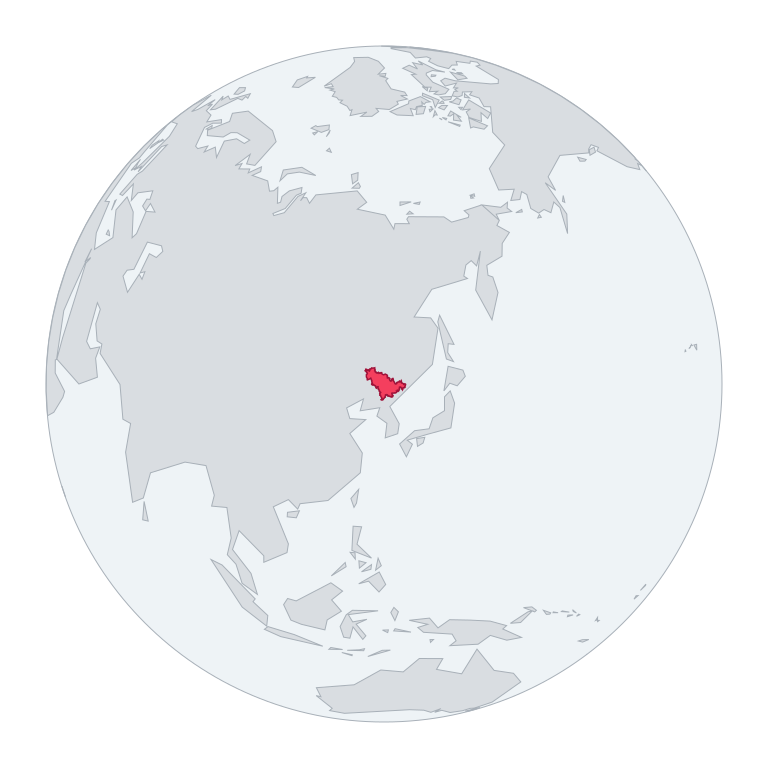 Jilin on an orthographic globe
{"feature_id": "CHN-1828", "entity_name": "Jilin", "entity_type": "Province", "adm_level": 1, "iso_a3": "CHN", "parent_name": "China", "parent_adm1": "", "projection": "orthographic", "projection_center": [126.245, 43.576], "detail": "fine", "context": "on_globe", "style": "filled", "palette": "rose", "viewbox_px": 768, "rotation_deg": 0, "n_neighbors": 0, "source": "natural_earth", "source_scale": "10m", "svg_char_len": 17291}
<svg xmlns="http://www.w3.org/2000/svg" viewBox="0 0 768 768"><circle cx="384" cy="384" r="338" fill="#eef3f6" stroke="#a8b0b8"/><path d="M645.9,584.1L645.6,585.3L645.2,585.8L645.9,584.1ZM634.9,157.6L635.2,159.1L638.2,161.3L646.3,171.0L642.1,165.9L637.6,163.5L639.8,169.6L627.1,166.7L596.9,150.8L598.5,147.4L591.1,144.7L588.6,149.1L588.8,152.9L559.9,155.4L548.1,176.8L555.6,190.4L545.2,182.7L566.8,214.1L567.6,233.6L559.9,207.5L553.8,202.0L550.9,212.7L544.0,209.5L538.7,213.1L530.8,208.5L526.8,194.5L521.6,191.6L519.9,199.5L510.8,200.5L514.2,189.2L498.7,190.0L489.3,168.6L504.7,145.0L492.7,132.3L490.6,106.8L484.0,106.6L479.1,98.0L469.6,94.8L471.9,91.7L462.4,92.0L462.1,95.5L457.8,97.0L452.2,95.8L454.1,91.3L457.2,91.3L454.9,89.4L458.3,87.8L453.4,87.9L456.5,83.1L445.2,86.0L440.7,80.8L445.0,78.2L455.3,80.8L490.7,83.9L498.2,83.5L498.4,79.5L476.2,66.1L480.0,65.2L477.3,62.2L470.3,61.1L469.9,63.3L456.2,61.4L457.3,65.0L451.9,65.1L448.7,68.6L437.7,65.8L428.6,61.3L430.7,58.5L426.7,56.8L415.4,58.0L410.2,52.4L391.1,48.6L391.0,47.8L407.6,47.7L431.3,50.4L453.0,53.3L427.2,49.4L427.5,48.9L424.9,48.6L448.8,52.4L472.4,57.8L495.4,65.0L517.9,73.8L539.8,84.1L560.8,96.0L580.9,109.4L600.1,124.2L618.1,140.3L634.9,157.6ZM414.6,47.5L411.1,47.2L409.5,47.0L414.6,47.5ZM696.8,350.2L693.9,345.0L696.6,344.3L696.8,350.2ZM691.5,344.6L692.7,345.8L691.6,345.3L691.5,344.6ZM690.3,346.1L691.2,345.0L690.5,346.9L690.3,346.1ZM689.0,348.9L689.6,347.1L689.6,347.6L689.0,348.9ZM685.9,351.3L685.0,351.7L685.3,349.5L685.9,351.3ZM590.0,155.3L589.3,149.7L594.0,147.2L595.5,152.1L590.0,155.3ZM580.0,161.2L577.7,157.2L586.2,159.5L584.9,161.1L580.0,161.2ZM562.5,201.3L563.2,195.5L564.8,202.4L562.5,201.3ZM539.4,214.5L541.3,217.3L537.7,218.0L539.4,214.5ZM455.0,70.1L452.0,69.3L454.1,69.0L455.0,70.1ZM456.5,72.5L461.3,72.7L462.7,73.9L459.8,73.7L456.5,72.5ZM522.3,211.9L515.8,212.7L521.7,209.4L522.3,211.9ZM450.4,72.1L464.6,76.0L467.0,78.3L457.8,79.8L450.4,72.1ZM511.7,211.5L496.2,214.2L499.3,220.4L481.8,204.9L500.8,207.3L507.5,202.2L507.1,208.0L511.7,211.5ZM464.4,97.3L464.5,93.5L469.6,98.0L464.4,97.3ZM468.7,99.9L490.6,113.0L487.7,118.5L481.0,112.7L481.4,121.4L469.2,117.5L466.2,111.9L470.5,109.0L462.6,109.9L468.7,99.9ZM474.7,196.3L470.4,195.2L474.1,193.8L474.7,196.3ZM456.5,98.0L461.1,99.9L459.0,104.7L449.2,101.8L453.0,101.1L456.5,98.0ZM487.5,125.8L484.1,129.2L473.3,126.9L470.6,128.0L468.7,117.9L487.5,125.8ZM450.7,99.4L444.3,100.3L440.2,97.0L451.7,96.5L450.7,99.4ZM462.5,107.3L461.0,109.6L458.7,107.3L462.5,107.3ZM422.2,86.6L427.8,88.2L427.2,90.8L422.2,86.6ZM442.2,100.9L443.6,102.0L444.0,103.4L439.1,103.3L442.2,100.9ZM461.2,117.3L457.4,115.8L461.4,121.2L453.5,120.1L453.7,113.8L450.3,116.1L447.9,115.8L450.7,111.0L461.2,117.3ZM435.2,107.5L432.7,99.7L422.3,95.7L422.6,93.2L439.2,100.1L435.2,107.5ZM444.1,109.9L438.6,107.7L441.8,105.4L447.4,105.5L444.1,109.9ZM448.1,121.8L460.2,125.1L459.7,126.4L448.1,121.8ZM431.6,106.7L432.3,108.6L430.5,106.6L431.6,106.7ZM442.3,117.5L446.7,118.4L446.0,119.9L442.3,117.5ZM430.0,111.9L429.2,109.3L433.0,109.1L430.0,111.9ZM435.2,114.8L433.3,116.7L434.9,110.7L437.2,115.0L435.2,114.8ZM441.0,118.8L442.1,119.9L439.3,118.2L441.0,118.8ZM416.1,114.4L417.2,106.9L425.6,106.4L423.4,113.7L416.1,114.4ZM181.0,113.9L180.8,114.0L167.6,124.7L144.1,152.2L139.4,157.9L131.4,163.3L105.1,201.3L109.4,201.6L96.3,232.9L94.5,249.4L112.9,237.6L116.0,209.9L127.1,196.9L133.2,211.9L132.1,237.8L136.5,233.7L146.1,211.4L155.0,212.1L150.5,203.5L145.5,210.8L142.6,206.0L146.9,199.1L149.9,199.4L152.8,190.8L137.9,192.8L131.3,200.5L133.4,183.9L122.5,195.5L119.8,194.1L137.2,174.3L142.4,171.1L167.1,144.9L161.7,146.5L138.1,171.8L141.4,166.4L134.0,170.1L142.2,163.1L169.4,136.3L177.3,123.8L171.6,121.8L179.5,115.0L193.3,105.0L211.3,95.2L191.6,111.6L197.7,109.5L215.2,99.6L207.7,105.8L212.5,104.1L206.3,110.7L211.0,115.1L206.8,121.9L221.5,119.6L221.4,123.1L212.7,123.2L204.5,127.4L195.6,146.2L197.7,148.6L207.9,146.0L204.2,152.0L215.3,147.1L216.5,157.5L224.3,141.1L236.6,138.8L244.3,143.5L249.8,140.1L237.2,132.7L230.9,132.6L223.2,137.0L207.3,135.6L207.6,130.2L229.6,121.5L232.4,113.3L248.2,111.1L272.5,130.6L276.1,141.7L254.9,165.4L246.6,163.9L250.2,154.3L235.1,165.6L242.0,163.5L238.9,168.9L249.8,169.0L248.2,172.9L261.5,166.8L260.7,171.6L252.2,175.4L267.7,180.9L269.5,191.2L273.8,190.7L277.9,187.2L277.4,203.3L280.6,202.2L282.0,196.5L289.3,190.9L302.0,187.5L301.1,193.2L296.4,195.2L285.2,208.5L272.9,213.5L273.8,215.6L284.3,212.7L298.0,196.4L305.8,192.8L300.5,200.8L303.1,197.6L306.7,197.7L309.5,203.3L315.9,194.9L357.2,190.9L366.7,202.3L357.3,209.2L385.2,215.1L393.8,229.2L395.0,223.6L409.3,223.7L406.8,219.2L408.5,216.7L443.9,216.9L451.6,222.1L468.3,217.5L468.9,214.9L464.2,210.7L481.8,204.9L499.3,220.4L496.9,225.5L509.4,232.4L502.2,243.4L502.0,256.2L486.8,265.3L488.0,275.3L492.8,277.0L498.0,292.5L492.0,319.9L475.7,290.1L480.4,251.1L476.6,265.9L471.2,260.6L465.9,265.0L463.8,276.1L467.5,278.5L431.8,289.3L414.1,317.0L430.7,317.9L438.0,328.2L432.4,364.4L389.8,406.5L399.2,423.7L397.7,433.7L385.2,437.9L386.9,423.3L376.9,416.1L379.8,407.7L360.2,410.8L363.5,398.9L346.6,407.9L349.8,418.6L365.8,419.6L349.8,433.5L362.3,453.0L360.3,472.8L328.0,500.5L300.1,503.7L297.7,509.1L288.4,499.6L273.3,506.8L288.4,543.9L287.0,552.6L263.8,562.3L263.8,555.8L239.1,530.6L232.5,549.5L251.0,573.4L257.4,594.4L242.1,583.3L236.0,564.2L227.3,554.7L231.2,538.0L226.9,507.5L211.6,506.1L214.3,495.3L206.0,465.6L185.0,462.1L150.5,472.8L143.3,498.0L132.6,502.3L125.6,452.2L130.6,423.5L122.9,419.2L120.0,384.5L100.1,353.4L101.9,344.0L97.1,340.9L95.8,323.8L100.3,309.3L97.4,302.7L86.6,341.4L90.3,348.8L99.8,346.9L95.6,358.2L97.4,377.2L78.9,384.0L56.9,359.1L62.5,338.2L85.9,263.1L89.5,259.4L90.0,258.8L90.7,257.5L84.9,262.0L91.6,248.7L70.7,294.6L63.8,310.6L56.5,359.5L55.3,359.9L55.2,373.0L64.6,391.4L62.9,397.3L53.8,412.3L47.6,415.7L46.2,391.1L46.5,366.5L48.7,342.0L52.7,317.7L58.4,293.7L65.8,270.2L74.9,247.4L85.7,225.2L98.0,203.9L111.9,183.6L127.2,164.3L143.9,146.2L161.8,129.4L181.0,113.9ZM123.0,276.1L127.5,292.3L139.2,274.3L142.0,279.3L144.9,271.7L140.1,273.0L149.4,253.7L156.3,257.5L162.8,251.4L161.5,245.8L147.4,242.1L133.9,269.3L127.1,270.2L123.0,276.1ZM422.1,48.2L426.0,48.7L424.0,48.5L417.4,47.7L420.4,48.0L422.1,48.2ZM384.1,46.3L381.2,46.1L385.9,46.2L390.6,46.2L406.4,47.0L391.7,47.6L395.6,46.9L384.1,46.3ZM423.3,49.2L415.0,48.0L424.7,49.3L423.3,49.2ZM244.6,90.9L238.2,94.3L234.1,94.1L239.5,87.6L245.5,87.6L244.6,90.9ZM230.0,99.4L250.3,93.7L247.8,98.3L245.8,96.5L242.0,100.1L237.8,98.4L215.5,109.2L210.5,109.8L223.2,96.1L221.8,99.9L228.2,96.0L230.0,99.4ZM306.7,77.9L315.4,77.3L298.6,87.5L292.4,87.0L297.3,79.9L307.6,76.4L306.7,77.9ZM431.4,74.8L435.9,75.2L435.3,76.2L431.1,76.7L431.4,74.8ZM424.9,87.1L411.4,74.6L415.8,74.2L402.7,68.3L409.2,65.2L417.5,69.0L412.7,62.7L422.8,64.9L418.2,60.9L436.0,69.8L444.9,72.1L432.5,70.5L426.3,73.1L426.2,74.9L432.8,82.2L448.9,89.3L445.3,93.7L438.5,94.9L434.0,93.9L437.8,91.2L429.2,91.7L431.2,87.2L424.9,87.1ZM360.8,116.4L366.9,112.1L350.1,115.6L352.0,109.7L349.9,110.5L347.1,106.2L340.0,102.7L342.5,100.2L338.7,99.9L336.7,97.4L332.3,96.3L335.2,91.7L330.0,90.1L334.3,88.9L324.7,87.6L333.1,86.6L331.4,83.7L324.1,86.2L350.2,67.4L354.6,61.5L353.7,57.6L368.3,57.3L378.4,61.3L384.5,68.0L378.2,74.2L385.9,73.4L385.2,76.3L379.4,75.7L387.9,78.4L385.7,80.7L391.1,88.9L404.7,92.1L407.0,95.6L400.6,95.5L407.4,99.0L396.9,101.4L398.3,104.1L389.3,109.5L376.1,108.4L378.7,111.5L372.0,116.3L360.8,116.4ZM413.2,115.7L397.0,115.0L390.1,111.6L408.6,103.7L408.8,101.0L420.4,96.6L430.2,101.8L425.9,102.4L424.1,104.4L421.8,102.0L422.3,105.4L416.5,106.6L415.3,109.7L410.4,108.5L413.2,115.7ZM140.5,159.3L138.1,162.9L135.7,167.8L131.0,170.5L140.5,159.3ZM158.8,140.7L157.6,143.1L149.7,148.6L152.3,145.1L158.8,140.7ZM163.6,140.1L158.1,142.8L162.6,139.2L163.6,140.1ZM212.2,125.5L211.7,128.2L209.0,129.4L206.3,129.0L212.2,125.5ZM311.1,128.2L315.8,125.6L317.2,126.6L329.4,125.0L328.9,129.6L321.4,132.4L311.1,128.2ZM109.6,235.7L106.2,234.2L108.2,230.0L109.0,231.3L109.6,235.7ZM116.1,200.0L111.5,210.2L114.9,200.7L116.1,200.0ZM312.7,133.0L317.7,131.7L314.3,134.9L312.7,133.0ZM329.2,133.0L326.3,136.7L330.2,130.0L329.2,133.0ZM62.3,487.5L61.9,486.1L65.5,497.0L62.3,487.5ZM341.8,652.5L352.3,654.8L352.0,655.7L341.8,652.5ZM330.8,647.5L342.6,649.5L328.9,649.3L330.8,647.5ZM347.2,650.3L359.3,649.8L364.5,648.7L363.7,650.7L347.2,650.3ZM322.8,646.2L280.7,636.6L264.4,629.3L268.0,626.6L294.3,634.6L322.8,646.2ZM266.7,626.1L242.2,607.1L211.0,559.5L222.1,565.0L255.2,598.9L253.0,601.7L267.8,615.5L266.7,626.1ZM327.2,619.9L324.9,629.9L301.4,624.3L290.9,620.1L283.6,604.6L287.6,598.5L296.2,600.9L330.9,582.8L342.6,591.1L331.6,599.9L341.4,611.2L327.2,619.9ZM144.1,501.4L148.2,521.1L142.7,519.8L144.1,501.4ZM346.1,566.7L331.3,575.9L345.2,562.5L346.1,566.7ZM355.0,552.8L355.3,559.1L350.1,552.3L355.0,552.8ZM296.3,517.8L287.2,516.8L287.5,512.3L299.4,510.8L296.3,517.8ZM358.7,489.3L356.5,503.1L354.0,507.4L350.9,498.5L358.7,489.3ZM315.8,175.5L299.4,172.1L287.3,173.9L280.0,180.8L283.3,170.0L301.9,167.3L315.8,175.5ZM352.1,188.1L358.4,182.7L360.4,186.5L359.3,188.3L352.1,188.1ZM352.6,183.8L351.4,174.6L358.1,172.6L357.7,180.2L352.6,183.8ZM331.3,152.3L326.5,150.8L329.4,148.2L331.3,152.3ZM467.0,711.5L465.3,711.1L479.9,707.5L474.9,709.4L467.0,711.5ZM586.4,654.6L587.0,654.1L586.4,654.6ZM409.5,709.7L344.5,713.3L329.6,710.6L332.2,708.3L316.2,695.6L320.9,696.7L316.4,687.7L354.1,684.8L380.8,670.0L403.2,671.9L419.3,658.5L442.8,658.6L436.5,669.4L461.7,673.8L477.0,649.1L494.1,670.4L513.5,673.3L520.8,681.9L492.1,702.1L474.1,708.1L469.9,708.4L462.6,710.7L450.2,712.5L441.8,710.3L434.7,712.3L440.9,708.6L430.9,712.3L423.8,710.2L409.5,709.7ZM578.4,641.0L582.3,639.7L588.8,639.5L582.6,642.1L578.4,641.0ZM636.1,595.7L638.1,595.6L634.0,599.2L636.1,595.7ZM645.2,585.8L640.4,590.4L645.9,584.1L645.2,585.8ZM597.1,620.2L599.2,620.4L597.6,621.7L597.1,620.2ZM595.5,620.5L597.6,617.3L597.5,619.6L595.5,620.5ZM576.5,616.3L578.7,614.1L579.8,614.7L576.5,616.3ZM367.8,656.5L382.3,650.3L390.4,650.1L367.8,656.5ZM573.1,614.9L567.4,616.7L567.9,615.1L573.1,614.9ZM573.3,611.5L572.6,609.7L576.4,613.0L573.3,611.5ZM562.2,610.9L569.3,612.1L561.4,611.6L562.2,610.9ZM558.1,612.7L553.0,612.7L553.3,611.9L558.1,612.7ZM502.8,629.0L521.5,637.4L506.8,640.2L490.3,635.4L478.1,644.2L449.9,645.7L456.1,640.8L452.1,634.1L423.5,632.3L417.8,627.5L427.8,624.3L409.2,620.3L429.5,618.1L438.0,627.9L449.6,619.7L470.0,620.1L490.1,621.1L506.6,625.6L502.8,629.0ZM430.0,639.6L433.5,639.5L430.5,642.4L430.0,639.6ZM543.4,610.3L550.7,612.8L549.9,614.1L546.4,614.4L543.4,610.3ZM510.4,623.3L528.0,611.8L532.2,611.0L520.6,622.5L510.4,623.3ZM523.5,607.6L531.9,606.9L536.4,610.3L534.7,611.9L523.5,607.6ZM388.4,629.9L387.7,632.6L382.5,630.1L388.4,629.9ZM395.1,628.7L411.0,632.1L393.7,630.9L395.1,628.7ZM348.3,614.6L352.7,621.9L366.9,619.3L356.1,624.1L365.9,635.8L362.8,639.4L353.0,626.9L349.9,638.2L343.7,637.2L340.1,626.6L346.2,614.8L352.4,610.3L378.1,610.8L348.3,614.6ZM394.9,620.6L390.8,612.5L393.9,607.4L398.4,611.8L394.9,620.6ZM379.0,592.0L368.6,581.2L358.7,583.8L379.2,572.0L385.7,584.5L379.0,592.0ZM370.9,569.3L361.5,571.8L371.5,564.6L370.9,569.3ZM359.4,568.1L358.9,560.8L366.0,562.7L359.4,568.1ZM375.6,570.2L378.1,558.2L381.3,565.7L375.6,570.2ZM357.0,544.2L371.5,558.1L351.9,550.4L353.1,526.2L361.6,526.8L357.0,544.2ZM417.5,446.4L416.6,438.6L424.8,437.3L423.1,443.0L417.5,446.4ZM450.9,427.9L426.7,434.5L407.2,440.2L412.4,444.2L406.4,456.8L399.6,444.0L414.6,430.7L429.1,428.8L432.9,417.8L444.5,410.7L444.5,396.8L450.2,390.9L454.6,403.2L450.9,427.9ZM443.9,390.9L448.1,366.3L462.9,370.1L465.3,376.3L457.2,385.8L449.8,383.2L443.9,390.9ZM453.5,361.6L446.4,359.0L437.8,321.9L439.6,315.2L454.0,344.4L448.2,343.7L447.7,352.5L453.5,361.6ZM470.8,198.3L470.4,195.5L473.5,198.0L470.8,198.3ZM406.8,214.2L409.6,211.2L413.1,213.8L406.8,214.2ZM419.3,204.4L413.4,203.4L420.1,202.0L419.3,204.4ZM400.0,202.0L411.2,201.9L400.0,205.5L400.0,202.0Z" fill="#d9dde1" stroke="#a8b0b8" stroke-width="1"/><path d="M405.4,384.0L405.5,384.1L405.6,384.5L405.4,384.7L405.4,385.2L405.1,385.6L405.3,385.9L405.2,386.1L404.8,386.6L404.8,386.8L405.0,387.3L404.8,387.4L404.6,387.4L404.5,387.7L403.9,387.7L403.5,387.7L403.4,387.9L403.0,387.9L402.8,388.0L402.0,388.5L401.9,388.7L402.0,388.8L402.4,388.8L402.8,389.1L402.8,389.4L402.6,389.7L402.5,389.3L402.5,389.2L402.3,389.4L402.3,389.5L402.2,389.5L402.1,389.3L401.7,389.0L401.4,388.7L401.3,387.8L401.2,387.6L400.8,387.6L400.6,387.5L400.8,387.2L400.7,387.1L400.2,387.3L399.9,387.0L399.7,387.1L399.8,387.2L399.6,387.3L399.5,387.5L399.2,388.6L399.2,388.8L399.3,389.0L399.2,389.3L399.3,389.4L399.2,389.5L399.1,390.2L399.0,390.4L398.6,390.4L398.5,390.6L398.4,390.6L398.4,390.8L397.9,390.4L397.7,390.5L397.5,390.4L397.5,390.6L397.4,390.5L397.3,390.8L397.0,390.9L397.0,391.2L396.9,391.2L397.0,391.3L396.8,391.6L396.9,391.8L396.6,392.2L396.4,392.2L396.3,392.3L396.2,392.5L395.9,392.6L395.8,392.9L395.6,393.0L394.8,392.9L394.8,393.0L394.3,393.0L394.2,393.1L393.9,393.2L393.3,393.0L392.8,393.0L391.8,393.2L391.8,393.4L391.9,394.0L392.1,394.1L392.4,394.9L392.8,395.2L393.1,395.6L393.0,395.9L392.6,396.7L392.4,396.9L392.2,396.9L392.3,396.8L392.2,396.7L392.0,396.8L392.0,396.6L391.8,396.7L391.8,396.3L391.6,396.5L391.5,396.3L391.2,396.4L391.1,396.6L390.9,396.5L390.3,396.5L390.2,396.6L389.8,396.4L389.7,396.2L389.7,396.3L389.4,396.2L389.2,396.3L389.0,396.2L388.7,396.2L388.4,396.1L388.2,395.9L388.1,396.1L387.9,396.1L387.9,395.8L388.1,395.7L387.8,395.6L387.6,395.4L387.5,395.2L387.5,394.9L387.2,394.7L386.8,394.6L386.7,394.8L386.4,395.1L386.1,394.8L385.9,394.8L386.1,395.1L385.9,395.3L385.6,395.3L385.4,395.6L385.5,395.9L385.1,396.6L385.2,397.1L384.9,397.1L384.3,398.0L384.1,398.3L383.5,398.7L383.5,398.9L383.4,399.1L383.2,399.2L383.1,399.5L382.9,399.6L383.0,399.7L382.9,399.8L382.6,399.9L382.4,399.8L382.1,400.0L381.8,399.9L381.8,400.0L381.6,400.0L381.5,399.8L381.1,399.8L381.0,399.7L381.5,399.2L381.7,398.7L381.9,398.3L381.8,398.1L381.8,397.8L381.4,397.5L381.3,397.2L381.0,396.8L380.6,395.7L380.5,395.2L380.2,395.2L379.9,395.2L380.0,394.8L379.8,394.3L379.9,393.8L379.8,393.5L380.1,393.4L380.2,393.1L380.6,392.7L380.7,392.4L380.3,392.2L379.9,392.3L379.8,391.9L379.8,391.5L379.3,391.3L379.3,391.1L379.5,391.0L379.5,390.9L379.0,390.3L379.0,389.8L378.8,389.6L378.6,389.4L378.4,389.3L378.5,389.0L378.5,388.6L378.4,388.5L378.1,388.5L378.0,388.2L378.1,386.7L377.6,386.7L377.3,387.0L377.2,387.3L377.0,387.6L376.4,388.2L376.2,388.0L376.0,387.8L376.2,387.6L375.9,387.3L376.1,386.8L375.6,386.4L375.6,386.0L375.5,385.9L375.3,385.8L375.0,385.8L374.8,385.5L374.4,385.5L373.5,384.5L373.3,384.5L373.1,384.8L373.0,385.1L372.7,385.1L372.5,384.9L372.2,384.8L372.1,384.6L371.7,384.5L371.6,384.3L371.6,384.0L371.9,383.8L371.9,383.5L372.3,383.7L372.4,383.2L372.2,382.7L372.0,381.9L371.7,381.3L371.6,381.0L371.6,380.9L371.8,380.7L371.8,380.4L371.7,380.3L371.4,380.0L371.1,379.1L370.8,378.9L370.9,378.3L370.8,378.1L370.5,378.2L370.2,378.6L369.6,378.9L369.2,379.2L368.8,379.3L368.6,379.4L367.7,379.8L367.4,379.9L367.2,379.8L367.2,379.6L367.3,379.0L367.3,378.5L366.6,377.4L366.4,376.9L366.4,376.5L366.4,376.0L366.4,375.5L366.4,374.6L366.5,374.3L367.0,374.1L367.3,373.9L367.4,373.6L367.3,373.3L367.3,373.1L367.0,372.5L366.5,372.3L366.4,372.0L366.3,371.8L366.4,371.4L366.3,371.1L366.0,371.0L365.5,371.1L365.2,370.9L365.1,370.7L365.4,370.5L365.8,369.8L365.8,369.5L365.7,369.2L365.8,369.1L366.2,369.2L366.7,369.4L366.8,369.7L367.4,370.2L367.5,370.4L367.8,370.3L368.1,369.9L368.2,369.7L368.3,369.7L368.5,369.9L368.6,370.5L369.2,371.0L369.4,371.1L369.7,370.7L369.7,370.2L369.9,369.9L369.8,369.6L369.9,368.9L371.1,368.8L371.4,368.2L371.7,367.9L372.2,368.1L373.9,368.0L374.3,367.9L374.5,368.0L374.7,367.9L374.7,368.3L374.8,368.6L374.9,369.3L375.0,369.4L374.9,369.5L374.7,369.7L374.7,369.9L375.0,370.3L374.9,370.6L375.0,370.7L374.8,370.9L375.1,371.1L375.2,371.3L375.3,371.5L375.3,371.8L375.7,371.8L375.8,372.0L375.9,372.3L376.2,372.3L376.2,372.6L376.3,372.8L376.6,372.8L376.8,373.0L377.0,373.1L377.2,372.8L377.3,372.9L377.7,372.9L377.9,372.8L378.3,372.9L378.3,372.7L378.5,372.4L378.7,372.6L379.0,372.7L379.0,372.9L379.2,373.1L379.2,373.3L379.8,373.1L380.0,373.2L380.4,373.2L380.5,373.2L380.6,372.8L380.7,372.7L381.0,372.8L381.4,372.6L381.7,372.6L381.8,373.2L381.8,373.5L381.9,373.8L382.2,374.1L382.6,374.4L383.6,374.8L384.0,374.7L384.7,374.3L385.3,374.1L385.6,374.2L385.8,374.4L386.1,374.6L386.3,374.7L386.7,374.7L386.9,374.8L387.1,375.3L387.3,375.5L387.5,376.0L387.4,376.2L387.2,376.4L387.1,376.6L387.3,377.2L387.4,378.0L387.5,378.0L387.8,377.6L388.0,377.6L388.1,377.8L388.7,377.6L389.5,378.1L389.6,378.3L389.3,378.4L389.4,378.7L389.3,379.0L389.8,379.8L389.8,380.2L390.0,380.4L390.2,380.5L390.3,380.9L390.5,381.0L390.8,381.1L391.6,380.8L391.7,380.5L391.6,380.0L391.7,379.7L391.6,379.3L392.0,379.4L392.3,378.8L392.7,378.5L392.9,378.4L393.1,378.7L393.2,379.0L393.3,379.3L393.3,380.1L393.3,380.5L393.6,380.8L393.7,381.2L394.1,381.9L394.4,382.1L394.6,382.5L394.7,383.1L395.0,383.3L395.3,383.9L395.6,383.9L395.8,384.0L396.7,383.6L396.8,383.5L396.7,383.2L396.7,382.8L396.8,382.5L397.3,382.4L397.7,382.1L399.0,381.9L399.1,381.4L399.5,381.0L399.9,381.2L400.1,382.0L400.4,382.0L400.7,381.6L401.1,381.4L401.3,380.8L401.4,381.0L401.3,381.5L401.5,381.9L401.6,382.3L401.8,382.6L401.7,383.0L402.7,383.3L403.5,383.8L403.7,384.3L403.9,384.2L404.3,383.8L404.5,383.9L404.9,384.2L405.4,384.0Z" fill="#f43f5e" stroke="#9f1239" stroke-width="1.5"/></svg>